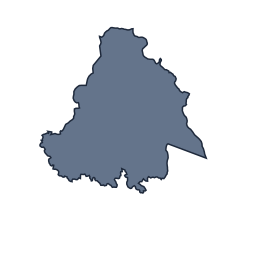 Acreúna, Goiás, Brazil, rotated 129°
{"feature_id": "56859067B88500827622042", "entity_name": "Acreúna", "entity_type": "district", "adm_level": 2, "iso_a3": "BRA", "parent_name": "Brazil", "parent_adm1": "Goiás", "projection": "albers", "projection_center": [-50.297, -17.423], "detail": "fine", "context": "isolated", "style": "filled", "palette": "slate", "viewbox_px": 256, "rotation_deg": 129, "n_neighbors": 0, "source": "geoboundaries", "source_scale": "gbopen_adm2", "svg_char_len": 4844}
<svg xmlns="http://www.w3.org/2000/svg" viewBox="0 0 256 256"><g transform="rotate(129 128 128)"><path d="M150.0,76.2L148.4,75.4L147.7,74.5L147.5,72.6L146.7,71.5L147.1,69.8L145.6,69.9L144.8,68.3L142.5,68.3L140.8,68.7L139.1,68.7L137.9,69.6L136.4,70.1L134.8,71.7L133.7,72.6L132.5,73.9L131.0,75.4L129.7,76.3L128.3,77.1L126.0,78.0L124.0,79.8L122.0,82.2L121.4,84.7L119.3,86.1L117.7,86.9L116.1,87.3L115.1,86.9L102.2,48.2L100.0,52.0L98.6,53.6L96.7,56.3L95.6,58.8L93.7,60.6L92.4,62.6L91.8,65.2L91.6,67.0L91.4,72.0L90.3,75.4L89.6,78.6L89.8,80.4L89.6,82.2L88.9,83.9L87.5,85.4L86.3,85.8L85.1,86.6L83.9,88.1L83.0,89.6L82.9,91.2L82.5,92.9L81.9,94.0L81.2,95.3L80.3,96.7L79.0,97.6L77.7,98.7L76.0,98.6L74.9,97.6L73.0,97.3L72.4,98.4L70.7,99.4L69.6,100.3L68.1,100.9L66.7,100.6L66.0,101.3L64.2,101.3L62.8,101.8L62.9,103.0L63.1,104.1L63.9,105.7L64.4,107.2L66.2,107.8L66.5,109.3L66.6,110.3L66.3,111.8L65.6,113.2L65.7,114.7L65.3,116.1L64.8,118.4L63.9,120.1L62.8,120.7L61.8,120.6L60.6,121.0L59.5,121.5L58.9,122.6L58.3,123.7L58.6,125.5L57.9,127.0L58.1,128.6L58.0,130.0L59.1,130.9L58.1,132.1L58.3,133.4L58.6,134.9L59.5,136.2L59.2,138.3L59.1,139.8L59.1,141.9L58.5,143.2L57.1,144.0L56.0,144.4L54.7,144.5L53.8,145.3L53.7,146.6L55.1,146.5L56.0,145.9L57.1,145.3L58.9,145.5L60.1,146.2L60.3,147.2L59.5,149.0L58.9,150.4L58.9,151.8L59.8,153.0L60.7,154.1L61.9,156.1L62.1,158.2L62.3,159.5L62.2,161.1L61.6,162.4L60.8,163.3L59.9,164.4L58.9,165.7L57.1,166.5L55.7,166.2L53.3,165.9L52.2,165.7L51.1,165.7L49.9,166.4L49.3,167.4L48.3,168.7L47.8,169.7L47.8,171.3L48.0,172.4L48.3,173.7L49.2,175.0L50.3,176.0L51.0,176.9L51.2,178.6L51.7,179.5L52.2,180.8L51.9,182.0L51.3,183.0L50.9,183.9L49.9,184.9L48.7,185.9L47.7,186.6L48.7,187.6L50.0,188.2L51.1,188.9L52.2,190.3L52.8,191.8L53.7,193.2L53.9,194.1L54.7,195.6L56.0,196.6L56.5,197.5L56.8,198.9L58.2,200.5L59.3,202.3L59.9,203.5L60.7,204.4L62.1,204.7L64.4,204.8L65.5,205.4L67.4,205.8L69.0,205.9L70.5,205.4L71.4,205.1L72.6,205.2L74.0,205.6L74.7,207.8L75.5,207.0L76.7,205.0L78.3,202.9L79.9,202.1L82.1,201.7L89.1,194.3L101.2,194.4L103.9,192.9L107.1,189.7L109.3,190.6L112.3,190.9L114.8,190.4L116.1,189.9L121.2,187.3L122.7,189.2L124.2,191.1L125.7,192.6L128.2,193.3L130.8,193.6L133.7,193.0L135.8,191.3L137.7,190.4L139.3,189.4L140.6,187.2L141.0,185.2L140.7,183.7L139.5,182.5L140.5,181.1L142.1,179.6L142.9,178.3L144.0,179.1L145.5,180.9L146.9,181.6L148.6,180.4L150.2,178.6L151.3,177.9L153.2,177.5L154.7,176.4L156.4,176.5L159.4,177.4L161.5,177.6L164.4,178.7L170.0,177.3L172.2,177.5L172.6,178.5L173.7,178.4L175.0,176.8L176.4,177.6L177.5,179.1L178.2,181.2L181.6,183.8L180.1,184.0L179.1,184.8L181.0,188.1L181.3,186.9L182.2,186.5L182.6,187.6L183.6,188.0L185.2,188.9L186.2,189.7L187.8,190.2L188.1,188.8L188.8,188.1L189.8,187.8L190.7,187.5L191.4,186.7L192.2,187.6L192.5,186.6L193.2,185.4L194.7,186.2L196.5,185.8L197.3,185.1L197.3,183.2L196.9,182.4L196.0,181.6L196.2,180.4L196.7,178.9L198.0,178.9L199.0,177.9L199.4,176.9L199.7,175.9L199.8,174.5L200.2,173.1L199.7,171.9L199.1,170.6L199.6,169.2L200.7,169.5L201.7,169.9L202.7,169.6L203.6,168.8L204.3,167.9L204.9,167.1L205.2,165.9L205.8,164.7L205.4,163.3L204.1,163.2L203.7,162.3L205.1,161.5L207.0,160.6L206.5,159.4L205.7,158.5L205.2,157.1L205.1,155.6L205.5,154.4L206.6,153.6L208.2,152.9L208.3,151.3L207.1,149.4L207.2,148.1L206.5,146.8L205.3,146.9L204.8,145.6L204.4,144.5L205.1,143.8L205.2,142.5L205.9,140.7L205.7,139.1L204.9,137.7L204.2,138.5L202.6,138.8L201.3,137.3L200.8,135.8L199.8,134.8L198.6,134.8L197.6,134.7L197.2,133.2L194.7,135.1L193.6,135.4L193.0,134.6L192.3,133.5L191.0,132.5L191.4,131.3L191.9,130.1L190.6,128.9L189.3,128.3L189.9,126.9L190.9,126.3L191.3,124.6L192.2,123.2L191.3,122.6L189.9,123.3L188.9,123.8L187.9,123.4L187.9,122.0L188.8,121.4L189.3,120.2L188.4,118.7L188.6,116.9L188.7,115.0L189.6,113.1L188.7,111.9L187.6,111.0L187.8,110.0L186.2,108.7L184.5,109.1L183.7,108.5L183.6,107.3L183.6,106.1L183.3,105.1L183.8,103.8L183.9,102.8L182.8,101.8L182.1,100.6L181.3,99.7L180.1,100.0L179.0,100.6L178.6,101.9L177.3,104.0L177.1,105.2L176.5,106.2L175.1,106.3L174.1,105.0L173.4,103.6L172.3,103.1L171.4,103.5L170.4,104.0L169.5,103.6L168.4,104.5L167.8,105.4L166.6,106.1L165.5,105.0L164.5,106.2L163.5,107.3L163.0,105.3L162.6,104.0L163.6,102.7L163.5,101.6L164.8,99.7L165.7,100.4L166.9,100.8L167.5,99.7L167.5,98.5L166.8,97.2L168.3,95.9L169.4,95.1L170.7,94.9L171.7,94.2L172.5,93.5L173.0,92.5L173.8,91.0L173.7,89.2L173.4,88.0L172.5,87.3L171.3,87.5L170.0,87.2L168.9,86.8L168.9,85.3L169.7,84.6L170.3,83.4L170.1,81.8L169.1,80.5L169.3,79.5L170.3,78.6L170.4,77.5L169.5,76.5L169.2,75.5L168.0,75.5L167.1,76.4L166.0,75.0L165.0,74.8L164.2,76.7L163.6,78.8L164.4,81.5L164.2,82.9L164.4,85.1L163.2,85.0L162.0,84.8L161.0,83.5L159.4,83.9L157.8,84.0L158.0,82.4L158.0,80.9L157.0,79.3L155.9,80.3L154.7,81.3L152.9,81.4L152.6,80.0L152.5,78.9L151.1,78.2L150.4,77.5L150.0,76.2Z" fill="#64748b" stroke="#1e293b" stroke-width="1.5"/></g></svg>